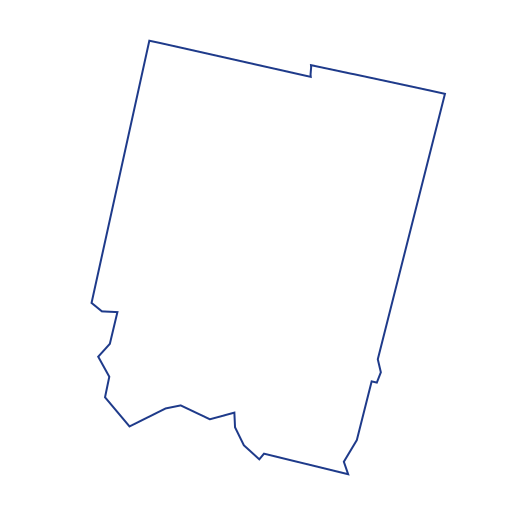 Hardin, Tennessee, United States of America (orthographic projection), rotated 192°
{"feature_id": "52423323B14964085031587", "entity_name": "Hardin", "entity_type": "district", "adm_level": 2, "iso_a3": "USA", "parent_name": "United States of America", "parent_adm1": "Tennessee", "projection": "orthographic", "projection_center": [-88.189, 35.209], "detail": "fine", "context": "isolated", "style": "outline", "palette": "blue", "viewbox_px": 512, "rotation_deg": 192, "n_neighbors": 0, "source": "geoboundaries", "source_scale": "gbopen_adm2", "svg_char_len": 561}
<svg xmlns="http://www.w3.org/2000/svg" viewBox="0 0 512 512"><g transform="rotate(192 256 256)"><path d="M241.9,454.1L241.3,452.1L240.4,445.0L239.7,442.6L393.7,444.4L405.1,444.4L407.1,175.9L395.2,169.8L379.9,172.3L380.7,139.7L389.4,124.7L374.4,107.4L374.3,86.4L344.3,63.0L312.7,88.1L298.6,94.2L267.2,86.7L244.6,98.3L240.9,84.1L228.5,68.3L210.5,57.8L207.1,64.3L120.5,61.7L127.3,73.0L119.1,96.9L116.8,157.4L111.5,157.3L109.7,168.2L115.4,180.3L104.9,453.9L117.8,454.0L197.8,454.2L201.0,454.1L241.9,454.1Z" fill="none" stroke="#1e3a8a" stroke-width="2"/></g></svg>